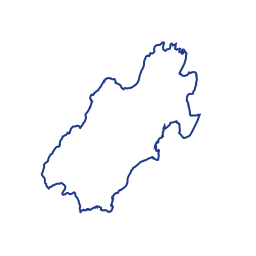 outline of Antsohihy, Sofia, Madagascar, rotated 26°
{"feature_id": "10022922B54557741887580", "entity_name": "Antsohihy", "entity_type": "district", "adm_level": 2, "iso_a3": "MDG", "parent_name": "Madagascar", "parent_adm1": "Sofia", "projection": "equal_earth", "projection_center": [48.096, -14.972], "detail": "fine", "context": "isolated", "style": "outline", "palette": "blue", "viewbox_px": 256, "rotation_deg": 26, "n_neighbors": 0, "source": "geoboundaries", "source_scale": "gbopen_adm2", "svg_char_len": 5826}
<svg xmlns="http://www.w3.org/2000/svg" viewBox="0 0 256 256"><g transform="rotate(26 128 128)"><path d="M122.4,224.0L122.4,223.4L123.1,221.9L124.0,220.9L125.2,221.1L126.3,220.1L126.7,220.1L126.8,219.9L126.7,219.3L127.0,219.0L127.0,218.6L128.2,218.1L128.5,218.6L129.1,218.6L130.1,218.0L132.0,214.8L132.9,214.0L133.4,214.0L133.3,213.3L133.5,213.1L133.9,212.6L134.7,212.8L134.4,212.3L134.6,211.8L135.9,211.7L136.4,211.4L137.2,211.6L138.4,211.3L139.2,212.3L139.3,213.2L139.8,213.4L140.9,213.0L141.4,213.2L144.1,211.5L146.4,211.9L147.7,211.8L148.4,211.2L149.4,209.8L149.1,205.7L148.9,205.5L148.6,205.6L148.1,205.0L147.5,205.2L147.5,204.5L147.3,204.4L146.6,204.5L146.5,203.7L146.5,202.6L145.9,199.6L145.6,199.4L145.6,198.2L145.0,198.3L144.8,197.4L144.3,197.6L144.0,197.3L144.3,196.6L144.2,196.1L144.6,195.6L144.6,193.9L145.0,193.5L145.1,192.9L145.9,191.5L147.3,190.9L147.4,190.4L147.3,188.9L147.4,188.2L148.3,187.0L148.7,187.0L149.1,186.0L149.5,185.5L150.3,184.1L151.6,180.9L151.6,179.2L151.3,177.1L149.7,173.2L149.6,170.6L149.9,167.2L149.6,165.1L150.3,162.6L150.2,161.3L151.4,159.9L152.0,158.3L152.9,156.5L153.2,155.4L153.8,154.4L154.1,153.2L155.0,152.0L156.5,150.8L156.5,150.4L158.3,148.8L159.8,146.4L161.2,145.3L162.3,143.6L163.0,143.3L163.7,144.1L164.2,144.4L165.0,143.8L165.7,144.1L166.4,144.0L167.1,144.2L168.9,143.6L168.9,143.0L168.1,140.4L167.4,138.5L166.3,137.5L166.1,135.7L165.6,134.6L164.9,134.3L164.8,135.0L165.0,135.7L163.6,136.0L162.6,135.4L162.4,134.5L161.9,134.0L161.4,132.2L160.9,131.4L160.6,131.3L160.3,132.8L160.2,132.5L160.1,131.4L159.9,130.6L160.2,129.3L160.0,128.6L160.2,128.3L161.1,128.1L161.3,127.7L160.6,127.5L160.4,127.3L161.0,126.5L160.6,125.7L160.7,124.6L161.3,122.8L162.5,122.0L162.5,121.1L163.1,120.0L163.0,119.9L162.2,120.0L162.1,118.3L161.1,116.6L161.4,115.0L160.9,114.4L160.6,113.5L160.1,113.0L159.9,110.1L161.5,112.3L161.9,112.0L164.1,107.1L163.9,104.8L166.7,102.6L168.4,100.9L169.1,101.4L169.2,101.1L169.6,101.4L170.0,101.4L171.5,102.0L172.1,101.8L172.6,102.1L173.6,104.2L174.4,105.1L174.8,106.2L176.0,107.7L175.9,108.5L176.1,108.9L176.0,109.9L176.4,110.3L178.1,110.7L181.8,112.5L182.7,112.5L183.7,111.7L186.5,108.4L186.9,107.4L187.2,103.4L187.3,92.2L186.6,84.6L185.1,85.5L184.5,86.3L182.9,87.5L182.0,87.6L179.3,89.2L178.6,89.3L178.0,88.4L177.3,88.1L177.2,87.4L176.2,85.8L174.7,84.1L173.9,82.7L173.2,82.4L172.7,81.2L172.0,80.9L171.8,80.1L170.7,78.7L169.5,78.3L169.3,77.6L168.7,77.4L167.6,74.8L167.4,73.1L167.4,71.8L167.8,71.0L168.4,70.4L171.3,68.8L171.3,68.2L170.9,67.2L170.8,66.0L170.8,65.6L171.2,64.6L171.2,64.3L170.6,62.7L170.2,58.7L169.8,58.6L169.3,57.4L168.9,54.9L168.3,53.6L167.6,52.8L167.1,51.4L166.8,51.2L166.3,51.2L166.2,50.9L165.9,50.1L165.9,49.5L165.5,49.2L164.3,48.6L163.2,48.6L161.1,49.8L160.3,51.1L159.9,51.4L158.6,51.2L158.5,53.3L157.9,54.7L156.8,55.4L156.2,56.3L155.6,56.7L153.6,57.1L152.0,56.3L151.0,56.8L150.5,56.5L150.2,55.9L150.2,54.9L150.4,51.3L150.5,45.8L149.5,40.0L149.1,38.8L148.3,37.6L148.0,35.5L143.9,33.1L142.8,33.4L142.5,33.6L142.5,34.0L142.7,35.4L143.4,35.6L144.8,35.7L144.9,36.6L144.0,37.6L142.5,36.7L140.8,37.1L140.4,35.8L139.8,33.2L139.7,34.2L139.4,34.8L139.0,35.1L137.8,35.5L137.2,36.4L135.6,36.2L135.4,35.8L135.1,34.2L134.5,32.8L134.2,31.6L133.3,33.0L132.2,34.1L131.9,33.5L130.5,33.0L130.0,33.1L129.7,33.6L129.8,35.2L130.7,37.2L130.8,38.3L130.3,39.0L128.7,40.1L128.4,40.5L128.2,41.6L128.0,42.2L126.1,42.1L125.4,41.9L124.7,41.1L123.8,39.1L123.4,37.7L123.4,36.5L123.0,35.7L122.6,35.5L121.9,35.7L121.4,36.2L120.5,38.9L120.0,39.4L117.9,40.6L116.8,41.9L116.4,43.6L117.0,46.0L118.1,47.4L118.1,48.8L117.7,49.7L117.2,50.3L116.0,51.0L115.4,50.9L115.2,51.3L115.2,52.5L115.7,53.2L115.6,54.1L113.9,54.4L113.0,55.6L113.0,56.5L113.2,60.4L113.5,61.5L115.0,65.4L115.2,67.9L114.9,70.7L115.2,72.0L115.5,75.3L116.7,80.4L116.6,83.8L115.7,86.4L114.0,89.3L113.2,90.4L110.2,92.6L109.2,93.1L108.1,93.2L107.1,94.3L107.0,95.2L105.3,94.9L104.3,94.4L102.7,93.1L101.4,92.7L99.3,92.7L97.3,93.0L96.9,92.2L96.2,91.8L96.1,91.3L95.2,90.4L94.6,90.0L93.8,90.2L92.6,91.2L90.6,90.9L90.2,91.0L89.8,91.5L88.9,91.5L87.6,92.3L87.2,93.1L86.4,93.7L86.4,95.5L85.6,96.0L85.8,97.2L86.2,97.5L85.6,98.1L85.5,98.9L85.4,102.8L84.8,104.7L84.8,106.2L84.3,107.7L83.5,109.0L83.0,110.5L82.4,111.2L82.4,112.8L82.2,113.6L81.8,113.8L80.8,113.8L80.6,114.0L80.4,115.1L80.7,116.6L80.6,117.2L81.0,117.8L81.6,118.5L82.5,118.7L83.2,119.9L83.5,120.0L84.1,119.8L84.3,122.2L84.6,123.1L84.5,123.9L84.7,124.5L84.6,125.5L85.1,126.1L84.8,127.0L84.6,128.3L84.8,129.3L84.4,132.2L83.9,133.6L83.8,134.3L84.1,135.1L85.2,136.1L86.0,137.9L86.0,139.0L86.3,141.2L85.7,143.3L85.7,145.5L85.2,147.7L85.1,148.9L84.6,148.9L84.2,148.0L83.9,147.8L83.4,147.9L82.8,147.8L81.0,148.5L80.2,149.6L77.9,150.8L77.6,151.6L77.0,154.0L77.4,155.2L77.2,156.5L77.8,157.3L77.4,158.8L76.8,159.1L76.3,158.8L75.7,158.8L75.7,160.2L75.4,161.3L74.2,162.5L73.5,164.2L73.0,164.4L73.4,166.2L72.9,168.6L72.9,169.9L73.5,171.7L73.5,172.5L74.1,172.8L74.3,173.1L74.3,174.7L73.9,175.3L73.2,175.4L72.2,176.2L71.5,178.0L71.5,178.7L71.2,180.2L71.3,181.0L71.0,182.2L71.2,184.2L70.4,185.2L69.9,186.9L69.9,190.4L70.5,192.7L70.2,193.8L68.8,196.3L68.7,197.3L68.7,198.4L69.9,200.0L70.1,202.4L70.6,204.4L70.6,206.3L70.9,207.5L71.9,208.3L73.2,209.0L74.0,209.2L75.2,209.9L76.2,211.3L76.7,212.6L77.7,213.8L78.0,214.0L78.9,214.1L80.0,215.7L81.5,216.5L83.3,217.1L83.6,215.4L84.7,214.6L85.7,212.3L86.6,211.9L87.4,210.5L89.0,208.9L90.8,208.2L92.2,206.7L93.2,206.5L94.2,207.0L96.3,207.4L96.9,207.8L97.5,208.5L98.1,210.3L97.6,213.9L97.6,215.1L97.7,215.6L98.1,216.2L99.1,216.4L100.6,215.2L101.3,213.5L101.7,213.2L102.4,212.8L104.6,212.9L105.6,212.4L106.6,211.3L107.6,209.5L109.1,209.8L110.3,211.8L111.0,212.3L112.6,212.8L115.8,215.4L116.3,216.2L119.4,219.4L119.7,220.3L119.6,221.0L120.3,222.1L121.3,223.2L121.9,224.3L122.2,224.4L122.4,224.0Z" fill="none" stroke="#1e3a8a" stroke-width="2"/></g></svg>